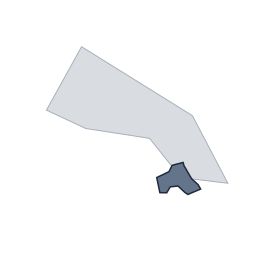 Baie Lazare on a map of Seychelles (Albers equal-area conic projection), rotated 334°
{"feature_id": "SYC-5203", "entity_name": "Baie Lazare", "entity_type": "state/province", "adm_level": 1, "iso_a3": "SYC", "parent_name": "Seychelles", "parent_adm1": "", "projection": "albers", "projection_center": [55.49, -4.757], "detail": "fine", "context": "in_parent", "style": "filled", "palette": "slate", "viewbox_px": 256, "rotation_deg": 334, "n_neighbors": 0, "source": "natural_earth", "source_scale": "10m", "svg_char_len": 505}
<svg xmlns="http://www.w3.org/2000/svg" viewBox="0 0 256 256"><g transform="rotate(334 128 128)"><path d="M191.3,145.2L193.5,221.4L153.9,195.9L142.8,146.7L89.9,110.0L62.5,76.2L121.9,34.6L191.3,145.2Z" fill="#d9dde1" stroke="#a8b0b8" stroke-width="1"/><path d="M152.7,214.0L150.9,210.9L147.5,202.1L140.2,199.4L134.4,203.2L128.3,200.1L132.1,185.1L145.7,185.2L151.3,180.9L162.4,183.1L161.8,186.5L162.9,201.4L166.2,209.7L166.5,214.7L152.7,214.0Z" fill="#64748b" stroke="#1e293b" stroke-width="1.5"/></g></svg>